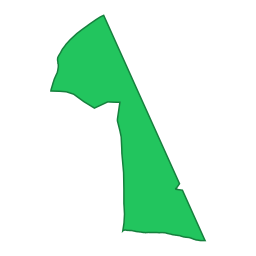 the district of Shahin, Al Mahrah, Yemen
{"feature_id": "15242507B71328549079212", "entity_name": "Shahin", "entity_type": "district", "adm_level": 2, "iso_a3": "YEM", "parent_name": "Yemen", "parent_adm1": "Al Mahrah", "projection": "orthographic", "projection_center": [52.4, 17.895], "detail": "fine", "context": "isolated", "style": "filled", "palette": "green", "viewbox_px": 256, "rotation_deg": 0, "n_neighbors": 0, "source": "geoboundaries", "source_scale": "gbopen_adm2", "svg_char_len": 4006}
<svg xmlns="http://www.w3.org/2000/svg" viewBox="0 0 256 256"><path d="M50.9,91.0L60.2,91.3L66.4,91.8L73.7,94.2L83.8,101.6L94.4,108.1L107.7,101.9L114.4,102.2L119.9,102.3L117.5,118.7L117.4,120.2L117.5,121.2L119.9,130.7L121.2,137.0L121.8,149.4L121.9,153.4L123.6,172.7L123.9,189.0L123.9,201.2L123.9,203.5L124.1,206.7L124.5,214.1L124.0,223.0L122.8,230.8L122.9,230.7L123.2,230.6L123.6,230.4L123.8,230.3L124.2,230.2L124.4,230.1L124.7,230.0L125.1,230.0L125.4,230.0L125.9,230.1L126.1,230.2L126.4,230.2L126.8,230.3L127.1,230.3L127.5,230.4L127.8,230.4L128.1,230.4L128.5,230.4L128.8,230.4L129.2,230.4L129.5,230.5L129.9,230.5L130.3,230.5L130.6,230.5L130.9,230.5L131.2,230.5L131.5,230.5L131.9,230.6L132.3,230.6L132.6,230.7L132.9,230.8L133.4,230.9L133.7,231.0L134.0,231.0L134.3,231.1L134.6,231.1L135.0,231.2L135.3,231.3L135.6,231.4L136.0,231.5L136.5,231.6L136.8,231.6L137.1,231.6L137.5,231.7L137.8,231.7L138.2,231.7L138.6,231.8L138.9,231.8L139.4,231.9L139.7,231.9L140.1,232.0L140.4,232.0L140.7,232.0L141.1,232.0L141.4,232.1L141.8,232.2L142.1,232.3L142.4,232.3L142.7,232.4L143.1,232.4L143.4,232.5L143.5,232.5L143.8,232.5L144.1,232.5L144.5,232.5L144.9,232.5L145.2,232.6L145.5,232.7L145.8,232.7L146.2,232.6L146.7,232.5L147.0,232.5L147.4,232.5L147.7,232.5L148.1,232.5L148.4,232.4L148.7,232.4L149.1,232.4L149.3,232.4L149.4,232.5L149.9,232.5L150.5,232.5L150.9,232.5L151.3,232.5L151.6,232.5L152.0,232.5L152.4,232.5L152.7,232.5L153.0,232.5L153.5,232.5L153.8,232.5L154.1,232.5L154.5,232.5L154.8,232.5L155.2,232.5L155.5,232.5L155.8,232.5L156.2,232.5L156.6,232.5L157.0,232.5L157.3,232.5L157.6,232.6L158.0,232.6L158.4,232.6L158.7,232.7L159.2,232.7L159.5,232.7L159.9,232.7L160.2,232.6L160.5,232.6L160.8,232.6L161.1,232.6L161.5,232.6L161.8,232.6L162.2,232.6L162.5,232.6L162.9,232.6L163.2,232.6L163.6,232.7L164.0,232.7L164.3,232.7L164.7,232.7L165.0,232.8L165.3,232.8L165.7,232.9L166.0,233.0L166.3,233.1L166.6,233.2L167.0,233.3L167.3,233.4L167.7,233.5L168.0,233.6L168.3,233.6L168.7,233.7L169.1,233.8L169.5,233.9L170.1,234.0L170.4,234.0L170.7,234.1L171.0,234.2L171.3,234.3L171.6,234.4L171.9,234.5L172.3,234.6L172.7,234.7L173.0,234.7L173.3,234.7L173.6,234.8L173.9,234.9L174.2,234.9L174.5,234.9L175.1,235.0L175.4,235.1L175.7,235.1L176.2,235.2L176.5,235.2L176.9,235.2L177.2,235.3L177.5,235.4L177.9,235.4L178.2,235.5L178.5,235.5L178.9,235.5L179.3,235.6L179.6,235.6L180.0,235.7L180.3,235.9L180.6,235.9L180.7,236.0L181.0,236.1L181.3,236.2L181.6,236.3L181.9,236.4L182.2,236.5L182.7,236.6L183.0,236.7L183.3,236.8L183.7,236.9L184.0,237.0L184.3,237.0L184.6,237.0L185.0,237.1L185.3,237.2L185.6,237.2L185.9,237.2L186.2,237.2L186.5,237.3L186.9,237.3L187.0,237.3L187.3,237.4L187.7,237.4L188.1,237.4L188.6,237.5L188.9,237.5L189.4,237.6L189.6,237.7L189.9,237.7L190.3,237.9L190.7,238.0L191.0,238.1L191.3,238.2L191.6,238.3L192.0,238.5L192.3,238.6L192.5,238.7L192.8,238.8L193.1,238.9L193.4,239.0L193.7,239.2L194.1,239.3L194.4,239.4L194.7,239.4L195.1,239.5L195.4,239.7L195.7,239.8L196.0,239.9L196.3,239.9L196.4,240.0L196.9,240.0L197.5,240.1L198.0,240.1L198.4,240.2L198.6,240.3L199.1,240.3L199.4,240.4L199.8,240.5L200.2,240.5L200.5,240.6L201.0,240.6L201.4,240.6L201.7,240.6L202.1,240.6L202.4,240.6L202.8,240.6L203.1,240.6L203.5,240.6L203.8,240.6L204.2,240.6L204.5,240.6L204.8,240.6L205.1,240.6L204.5,239.4L182.4,190.2L175.9,189.3L175.7,188.5L176.5,188.3L176.4,188.1L179.5,183.7L132.4,79.2L131.7,77.6L103.7,15.4L103.5,15.5L103.3,15.5L103.2,15.6L102.8,15.8L102.0,16.1L100.6,16.8L100.2,17.0L96.7,19.2L96.5,19.3L90.4,23.5L84.6,27.7L81.7,29.8L76.9,33.5L72.8,37.3L70.3,39.6L66.4,43.9L66.1,44.2L65.0,45.8L62.4,49.2L61.5,50.8L60.6,52.6L58.8,55.5L58.4,56.3L58.3,56.6L58.2,56.7L57.9,57.3L57.7,58.0L57.6,58.8L57.6,59.5L57.5,59.9L57.7,60.8L57.7,61.0L57.9,61.9L57.9,62.2L57.9,62.4L57.9,63.3L58.1,63.9L58.3,64.4L58.3,65.0L58.3,65.6L58.3,66.5L58.3,66.8L58.3,67.0L58.1,68.2L57.9,69.6L57.7,70.7L57.4,71.9L57.3,72.6L57.0,73.2L56.8,73.6L56.4,74.4L54.3,79.1L53.5,81.7L53.0,83.1L52.6,84.6L51.1,89.6L51.0,90.1L50.9,91.0Z" fill="#22c55e" stroke="#15803d" stroke-width="1.5"/></svg>